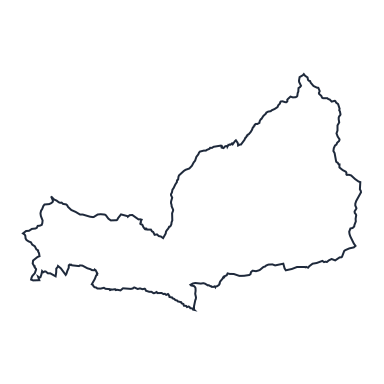 outline of Agas, Bacau, Romania
{"feature_id": "2599482B91391113599232", "entity_name": "Agas", "entity_type": "district", "adm_level": 2, "iso_a3": "ROU", "parent_name": "Romania", "parent_adm1": "Bacau", "projection": "albers", "projection_center": [26.147, 46.468], "detail": "fine", "context": "isolated", "style": "outline", "palette": "slate", "viewbox_px": 384, "rotation_deg": 0, "n_neighbors": 0, "source": "geoboundaries", "source_scale": "gbopen_adm2", "svg_char_len": 5976}
<svg xmlns="http://www.w3.org/2000/svg" viewBox="0 0 384 384"><path d="M194.3,309.9L194.0,309.6L194.0,306.3L195.3,300.1L195.8,299.0L196.0,297.4L195.2,293.8L195.6,290.8L195.5,288.1L195.1,287.2L193.9,286.0L191.2,285.5L190.5,284.8L192.8,283.5L195.3,283.0L200.8,283.6L203.3,283.2L204.9,283.6L207.9,285.4L208.7,285.2L210.5,286.2L211.3,286.3L211.6,286.8L213.4,286.9L214.6,286.4L215.2,287.1L215.3,286.6L216.9,286.3L218.8,285.1L219.7,283.7L219.5,283.3L220.2,281.5L223.0,278.1L224.2,277.4L224.2,277.0L223.5,276.9L223.7,276.6L226.7,275.3L227.6,273.4L229.6,273.9L233.8,274.0L239.4,275.9L244.0,275.8L249.3,275.0L250.5,274.1L251.0,272.1L252.6,270.7L256.0,271.2L258.8,270.4L259.9,269.9L263.4,267.0L265.1,266.5L266.2,265.5L268.4,264.6L272.4,264.4L275.1,265.4L283.3,263.7L284.6,268.4L285.8,270.3L291.8,269.0L297.0,267.0L304.6,267.0L305.5,267.3L306.1,266.9L308.1,267.7L309.3,266.2L312.6,263.7L316.7,263.0L322.4,260.9L324.0,262.1L325.5,261.7L326.9,262.0L328.8,260.4L331.6,259.0L335.2,260.4L339.6,257.4L341.3,257.3L342.0,256.8L344.2,251.0L345.2,250.2L349.3,248.4L353.8,247.4L355.5,245.9L353.8,243.5L350.3,236.4L349.5,234.0L349.2,231.7L350.4,228.5L352.6,228.0L354.2,226.5L354.4,225.1L355.8,221.4L355.6,218.9L356.2,215.2L355.8,214.2L354.8,213.0L354.6,211.9L354.6,211.4L356.4,208.5L356.3,207.8L355.3,205.6L355.3,203.7L356.2,201.0L361.0,192.3L360.8,191.0L359.9,189.3L360.3,182.1L358.5,181.5L355.0,179.0L351.1,175.4L349.0,174.8L346.8,174.9L346.4,174.5L346.4,172.7L345.8,171.7L342.7,170.1L339.6,167.6L339.4,167.3L339.5,164.4L338.6,164.3L337.7,162.7L336.5,162.1L336.1,161.3L334.6,153.1L333.4,151.0L333.8,148.2L335.0,145.5L336.4,144.6L337.2,142.7L339.0,141.1L339.4,140.2L339.5,139.3L337.7,136.6L336.5,133.4L337.5,130.5L337.5,125.4L339.2,122.4L338.7,119.4L338.7,117.6L339.2,116.3L340.2,115.2L340.5,114.3L339.9,111.4L339.2,110.2L339.6,108.8L338.1,104.1L336.1,102.6L335.4,101.2L334.8,100.8L331.7,101.6L329.7,99.5L328.3,99.1L327.3,98.2L323.1,98.2L322.1,97.7L321.3,95.9L319.1,93.9L318.9,93.0L319.7,91.1L318.3,87.8L316.8,87.6L313.5,86.0L310.6,82.6L310.1,81.1L308.8,80.7L308.0,79.8L307.5,77.4L305.1,75.8L303.8,74.1L302.9,75.2L299.6,77.1L299.0,80.6L299.1,81.9L301.0,85.8L300.1,87.0L298.5,88.1L298.3,91.6L297.7,93.0L297.3,95.9L296.9,96.5L295.7,97.2L292.9,97.4L290.5,96.6L287.8,99.1L287.3,99.7L287.4,101.1L286.5,102.2L285.2,102.2L282.5,101.3L280.8,101.5L280.2,102.3L279.9,103.6L278.3,105.2L277.5,107.1L274.6,109.0L271.7,110.3L270.7,111.2L268.2,111.6L266.3,112.6L265.9,113.6L263.3,116.0L261.4,119.0L260.8,119.2L259.7,121.2L259.4,122.9L257.3,124.0L255.9,123.9L254.7,124.7L254.6,125.6L253.7,126.3L253.5,127.1L252.8,127.6L252.0,129.8L250.6,132.1L248.8,134.2L247.5,134.8L247.4,135.7L246.7,136.0L246.1,137.4L245.4,137.7L244.5,139.8L241.0,144.5L240.0,144.5L238.1,145.5L237.9,143.6L237.5,142.6L235.9,140.3L235.0,141.1L232.7,144.3L232.0,143.4L230.6,144.7L229.9,144.4L228.6,145.2L228.3,145.0L227.4,146.7L227.3,146.3L226.2,146.0L224.9,146.5L223.5,148.1L221.6,147.6L221.5,147.1L222.0,146.6L221.7,145.8L220.8,145.6L213.6,146.8L211.9,147.9L210.1,147.8L209.5,148.8L206.6,150.0L205.9,150.6L203.8,150.6L199.9,151.6L199.0,152.7L198.3,154.4L196.4,156.8L195.1,160.7L193.7,162.4L191.9,165.8L189.3,168.5L185.6,169.8L183.9,170.9L179.0,175.4L178.5,176.7L178.1,179.6L177.3,180.0L176.9,181.0L176.9,182.1L175.3,184.5L173.6,188.1L172.5,189.6L171.9,192.5L171.0,194.2L171.0,195.1L172.2,197.7L171.1,201.4L171.0,203.0L171.6,205.1L171.6,206.2L173.1,209.7L173.1,210.6L172.1,213.3L172.3,220.4L171.6,222.2L171.3,224.4L170.6,225.9L169.6,226.8L169.1,226.8L168.3,228.5L166.8,230.3L166.0,231.6L165.7,233.5L163.1,238.1L160.9,236.5L158.8,236.1L157.0,234.4L154.6,234.8L153.2,232.0L151.9,231.3L150.9,229.6L147.0,229.6L146.4,228.6L145.9,228.5L145.4,229.3L145.0,229.2L143.5,227.3L142.3,224.7L140.5,224.1L140.3,223.3L140.9,222.3L140.8,221.4L141.6,219.7L140.2,219.3L138.5,219.4L132.3,215.0L129.6,215.2L127.9,216.7L127.7,216.2L121.0,214.4L118.1,218.1L117.3,219.7L116.6,220.2L110.8,220.4L108.4,218.7L105.9,215.3L104.8,214.6L100.7,214.2L97.7,214.5L93.7,217.0L92.9,217.1L90.0,216.7L82.6,214.5L80.0,214.5L75.6,211.9L71.3,210.0L68.0,206.9L67.2,205.3L66.1,204.4L63.0,203.9L61.6,202.6L60.2,202.8L58.8,202.3L56.6,200.6L54.1,199.5L51.1,196.4L52.8,200.3L52.9,201.4L52.7,201.9L51.3,203.1L49.2,204.1L44.5,204.5L43.4,205.9L42.1,209.2L41.1,210.6L40.5,213.2L40.6,214.3L40.9,216.1L42.6,220.5L42.3,223.2L41.7,224.9L39.8,225.7L37.7,225.9L36.8,227.8L35.5,228.5L31.9,228.9L29.0,230.8L26.1,231.0L23.0,233.4L24.7,234.6L25.3,235.7L25.6,238.5L26.5,240.0L28.6,241.4L30.9,242.3L32.2,244.6L34.8,246.3L36.4,249.4L38.1,250.4L38.1,251.5L39.0,253.1L39.5,256.2L37.5,257.0L33.1,260.5L32.7,263.5L34.3,266.4L34.6,266.3L34.7,266.7L34.5,266.8L34.7,267.4L36.0,268.9L36.1,269.5L34.8,273.2L32.4,275.9L31.6,277.5L31.1,279.6L33.1,280.4L39.3,280.2L38.1,276.7L39.2,277.5L40.4,277.3L41.4,274.5L42.1,271.1L43.2,272.3L44.8,271.4L45.7,271.5L47.9,273.3L50.2,273.3L55.6,276.3L56.2,272.3L56.3,268.6L57.7,267.0L58.0,266.0L60.9,268.4L65.7,274.9L66.4,273.8L67.4,270.7L68.7,267.9L68.8,265.3L69.7,264.6L70.3,265.0L71.0,264.6L71.9,265.3L79.0,266.1L79.9,265.4L82.4,265.6L87.4,268.3L90.5,269.2L91.9,270.1L94.8,270.3L95.0,270.7L95.0,269.8L95.6,270.2L97.2,273.2L96.9,273.3L97.2,274.8L96.2,275.4L94.8,279.0L91.8,284.3L92.9,285.0L93.5,286.2L94.5,287.2L96.3,287.6L97.3,288.5L100.7,288.6L103.9,287.8L105.5,288.8L109.4,289.1L110.0,290.1L110.6,290.0L110.9,289.4L112.3,289.6L115.1,289.2L115.5,289.4L115.3,289.7L115.7,290.1L117.5,289.8L120.5,290.4L123.0,288.3L130.8,288.9L132.8,288.5L133.6,287.7L134.5,287.5L137.7,289.0L140.0,288.4L142.5,289.2L144.7,288.7L145.3,289.2L145.9,290.7L149.2,291.8L151.5,291.8L153.5,293.2L154.5,293.1L156.6,292.0L157.4,293.1L161.6,293.0L163.5,294.1L164.8,293.8L166.2,294.9L168.0,294.0L168.6,294.6L168.8,295.5L169.3,295.8L169.5,297.0L172.2,297.5L172.6,298.4L174.2,298.9L175.4,300.1L177.1,300.5L177.8,301.4L181.2,302.2L181.6,303.3L183.4,304.0L183.9,305.7L186.1,305.9L187.0,307.1L188.7,306.5L189.8,307.3L190.3,308.2L192.6,308.5L193.0,309.6L194.3,309.9Z" fill="none" stroke="#1e293b" stroke-width="2"/></svg>